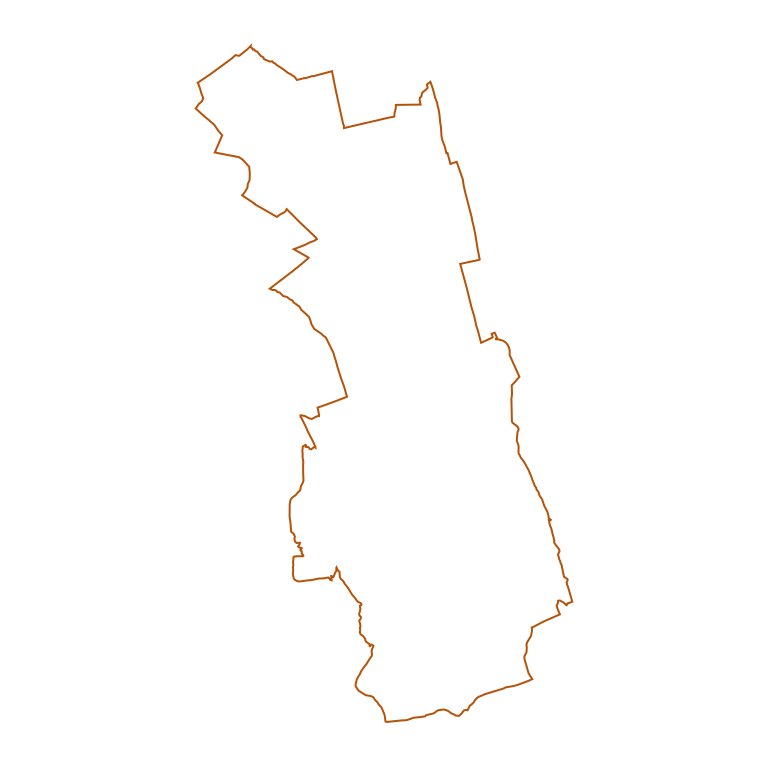 the district of Bacesti, Vaslui, Romania
{"feature_id": "2599482B65523487656623", "entity_name": "Bacesti", "entity_type": "district", "adm_level": 2, "iso_a3": "ROU", "parent_name": "Romania", "parent_adm1": "Vaslui", "projection": "orthographic", "projection_center": [27.228, 46.823], "detail": "fine", "context": "isolated", "style": "outline", "palette": "amber", "viewbox_px": 768, "rotation_deg": 0, "n_neighbors": 0, "source": "geoboundaries", "source_scale": "gbopen_adm2", "svg_char_len": 6073}
<svg xmlns="http://www.w3.org/2000/svg" viewBox="0 0 768 768"><path d="M572.3,601.7L568.0,586.9L567.2,584.9L566.6,582.3L567.3,581.1L567.7,579.6L567.1,578.7L566.1,578.3L563.9,576.5L563.4,573.6L562.8,571.8L562.8,570.7L561.9,567.2L561.9,565.7L560.6,563.2L560.2,561.1L559.4,559.7L558.0,554.4L559.4,551.5L559.5,550.5L558.7,548.8L556.9,546.3L555.9,545.4L555.5,544.4L554.7,543.6L554.1,542.0L554.4,540.6L553.8,539.7L553.8,538.2L552.8,534.9L551.4,528.8L550.0,525.4L548.8,520.1L550.5,520.3L550.8,519.8L549.7,519.0L548.7,517.6L548.0,513.7L547.3,511.7L544.2,505.7L542.1,499.3L539.5,495.5L538.5,492.2L536.4,489.2L536.2,487.7L535.1,486.5L532.3,479.6L531.2,476.3L528.4,469.7L523.4,460.8L521.2,458.3L518.5,453.0L518.6,446.3L518.3,444.8L517.0,441.3L516.8,440.2L517.5,432.1L518.4,430.3L518.6,428.9L517.8,426.9L512.4,422.6L511.9,421.1L511.4,398.6L511.9,395.6L512.0,393.0L511.7,385.3L515.8,381.0L519.4,376.8L509.6,355.0L509.7,350.6L508.9,347.4L507.8,345.0L506.0,342.8L504.6,341.6L502.7,340.6L498.5,339.4L496.0,339.3L495.9,338.7L497.2,338.1L494.7,332.7L491.6,333.8L492.6,336.7L492.7,337.3L492.3,337.6L481.1,342.8L477.4,328.9L476.2,325.7L475.9,323.8L474.0,315.5L471.6,307.7L466.8,288.2L460.2,263.9L478.9,259.9L479.7,259.5L477.6,248.9L475.5,235.6L474.0,227.8L472.3,221.0L471.7,217.4L465.1,191.9L463.5,184.6L462.9,179.7L456.7,161.8L450.4,163.9L447.5,153.0L446.4,153.2L444.8,146.7L442.1,139.4L441.5,136.1L440.9,126.7L440.2,122.6L439.5,115.1L438.5,108.8L437.6,105.9L437.1,102.7L435.1,97.5L432.9,89.0L430.4,81.8L427.2,84.2L426.9,84.8L427.7,87.7L425.9,89.7L422.6,92.3L422.1,93.0L421.3,96.6L419.9,97.7L419.6,99.7L420.6,104.6L396.0,104.9L395.7,108.4L394.5,113.5L394.3,116.6L387.1,118.0L343.9,128.1L343.9,125.5L343.1,123.9L335.7,89.9L332.0,71.2L313.8,76.1L312.1,76.1L306.1,78.0L303.8,78.2L297.0,80.0L294.6,76.9L290.7,74.3L287.5,72.6L283.3,69.3L277.1,65.3L274.8,63.3L273.6,62.9L273.1,62.4L272.3,61.3L269.8,61.6L264.2,59.2L263.8,58.9L263.4,57.4L260.6,55.8L257.2,51.6L256.1,51.3L255.1,50.7L253.9,49.3L253.3,49.7L252.8,49.7L251.8,47.8L250.4,47.1L250.6,46.1L246.9,49.7L239.5,55.6L238.8,55.8L235.5,55.1L231.9,58.4L210.8,73.9L197.7,82.8L198.2,83.6L200.2,89.1L201.2,92.9L202.7,96.7L203.2,98.4L201.9,101.3L198.9,103.9L195.7,108.5L202.6,114.8L214.2,124.7L218.1,130.5L222.2,135.3L214.8,152.5L239.1,157.2L242.6,159.6L249.2,166.8L249.8,173.3L249.6,179.9L248.0,183.6L247.6,185.1L247.6,186.9L247.0,188.4L246.0,190.2L243.2,194.3L242.1,195.2L242.2,195.4L254.9,203.9L254.7,204.2L276.9,216.9L280.4,214.3L284.2,212.4L285.6,211.1L286.7,209.1L299.7,222.2L313.6,235.4L316.1,237.8L316.9,239.2L313.7,241.0L309.9,242.4L305.6,244.6L293.8,249.2L308.2,257.4L308.6,257.9L300.8,264.6L294.5,269.7L269.8,288.7L272.4,290.0L274.8,290.0L276.3,290.6L277.5,292.1L279.6,292.4L283.1,296.0L287.0,297.0L290.0,299.4L292.1,300.3L292.9,301.2L293.3,302.2L299.4,306.6L301.5,310.1L304.8,312.9L309.0,316.9L310.2,319.9L311.5,324.3L314.2,328.9L321.4,333.8L323.2,335.7L324.3,336.3L325.9,337.6L333.5,353.0L334.5,356.8L336.0,361.3L337.6,367.5L341.4,379.3L344.1,386.7L347.0,396.8L329.6,403.4L317.6,407.6L319.1,415.1L319.0,416.1L318.1,416.0L315.7,416.9L312.0,418.9L311.4,418.9L309.1,418.3L305.1,416.1L300.9,415.2L300.4,415.5L300.5,416.6L301.6,418.3L305.8,426.7L307.7,431.2L313.7,442.9L315.4,446.8L315.5,447.8L314.5,447.2L313.8,447.3L311.1,449.4L309.8,449.0L308.6,447.2L305.9,446.9L306.0,445.4L305.6,444.9L302.8,446.5L302.3,451.5L302.6,452.5L302.6,457.7L303.1,460.1L303.3,462.3L303.1,465.8L303.2,474.1L303.5,480.6L302.7,482.8L300.9,486.4L300.2,490.4L298.3,492.0L295.4,495.4L292.9,497.0L291.8,498.1L290.7,499.6L290.1,501.9L289.7,504.6L289.6,515.7L289.8,519.0L290.2,520.4L290.5,523.1L291.1,531.4L291.5,532.1L293.2,533.3L294.2,534.8L294.9,536.8L294.5,538.2L294.7,540.8L295.0,541.5L296.6,543.0L299.1,542.7L299.9,542.8L299.5,544.5L298.1,546.3L298.7,547.2L299.9,547.5L300.6,548.3L301.3,547.8L301.7,548.0L301.5,549.0L300.5,549.7L300.5,550.3L301.8,551.5L301.7,553.4L303.0,554.9L303.4,555.8L303.0,556.2L296.3,556.3L293.7,556.7L293.2,560.2L293.1,563.0L293.4,564.6L292.9,567.4L293.3,570.2L292.9,571.9L293.1,575.2L293.6,577.9L294.3,579.3L296.7,580.9L298.3,581.4L300.5,581.4L308.2,580.3L310.8,580.2L319.2,578.5L323.3,578.4L328.3,577.5L328.8,577.8L330.3,579.9L331.6,580.4L331.8,579.7L331.0,579.0L331.3,578.0L331.2,576.0L331.6,576.0L332.2,577.0L332.7,577.3L333.1,577.4L333.5,576.9L335.1,572.8L336.2,571.0L336.4,569.2L336.3,567.8L336.5,567.4L338.1,570.8L339.3,571.5L339.6,572.1L339.5,573.8L339.8,575.2L339.8,576.8L340.7,578.7L343.2,581.1L344.8,583.9L347.5,587.2L352.2,594.8L354.7,597.6L356.7,600.4L358.2,602.0L360.5,603.0L361.2,603.8L361.4,604.7L361.1,605.3L360.1,605.5L359.8,605.9L360.4,609.1L359.1,614.3L359.6,615.7L360.5,616.4L361.0,617.1L360.5,619.0L359.4,620.4L359.2,621.2L360.1,623.6L360.3,625.0L360.4,626.6L359.9,628.3L360.3,630.0L359.9,631.8L360.1,633.2L360.6,634.3L362.9,635.9L364.5,637.8L365.2,639.1L365.4,640.5L366.2,641.9L369.1,643.8L369.5,644.6L369.7,646.1L370.1,646.1L370.5,644.7L370.9,644.5L372.3,644.9L373.5,645.9L372.4,648.2L371.6,650.9L371.6,651.9L372.0,654.0L371.7,656.1L369.6,658.9L366.5,664.0L364.6,666.2L361.1,671.3L359.6,674.7L358.3,676.6L356.7,679.6L355.7,684.2L355.6,686.2L358.6,690.7L365.7,695.2L370.2,695.9L372.4,696.7L373.6,697.6L374.9,699.8L377.2,702.0L378.7,704.5L381.2,707.0L381.9,708.4L384.4,714.4L385.0,717.3L385.4,721.2L385.6,721.7L387.5,721.9L401.7,720.4L405.1,720.3L407.8,719.8L413.6,717.7L420.9,717.0L425.2,716.3L426.1,715.3L426.9,715.0L433.6,713.4L437.3,710.7L438.8,710.1L444.0,709.5L447.4,710.6L448.9,711.4L450.5,712.9L454.1,714.5L455.8,715.6L459.2,715.8L462.0,713.1L463.6,710.7L465.4,709.9L467.6,710.3L469.8,705.7L471.5,704.5L473.5,702.6L475.7,699.1L476.4,698.8L477.0,697.9L478.8,696.8L485.5,694.0L503.3,688.6L505.6,687.4L513.6,686.0L517.0,685.1L529.1,680.6L532.3,679.1L528.7,673.6L524.4,658.7L524.4,656.3L526.5,652.3L526.8,647.9L526.5,645.0L526.8,642.9L530.5,636.8L531.2,635.1L532.1,629.9L531.7,627.5L533.5,626.8L543.9,621.4L559.9,614.4L557.7,609.2L556.6,605.8L557.3,604.4L558.1,602.0L558.1,600.8L560.0,600.5L563.6,602.5L566.4,605.2L567.2,604.5L567.1,603.8L567.3,603.6L572.3,601.7Z" fill="none" stroke="#b45309" stroke-width="2"/></svg>